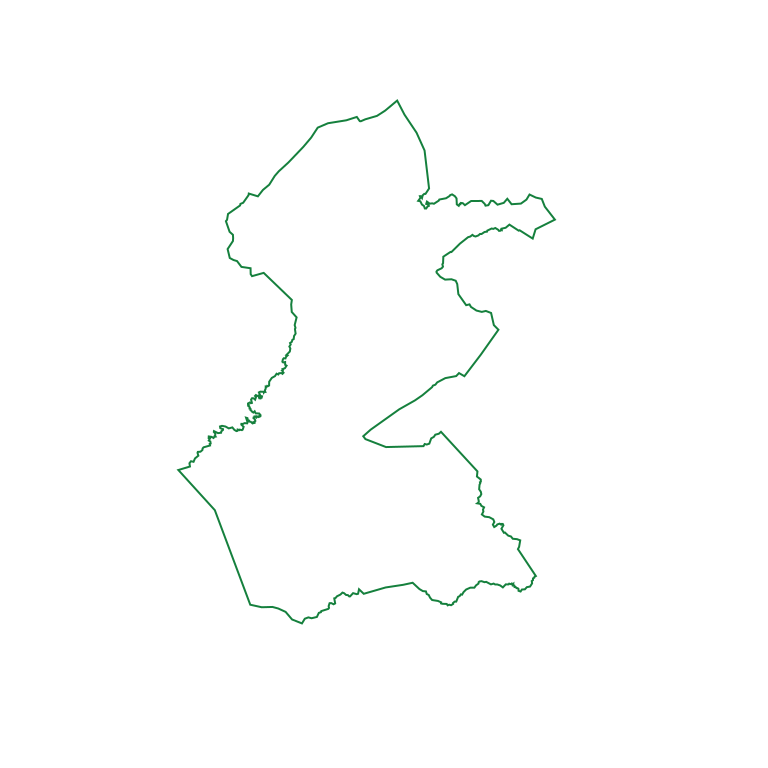 outline of Jasikan, Volta, Ghana, rotated 236°
{"feature_id": "2480657B79217814678772", "entity_name": "Jasikan", "entity_type": "district", "adm_level": 2, "iso_a3": "GHA", "parent_name": "Ghana", "parent_adm1": "Volta", "projection": "orthographic", "projection_center": [0.477, 7.375], "detail": "fine", "context": "isolated", "style": "outline", "palette": "green", "viewbox_px": 768, "rotation_deg": 236, "n_neighbors": 0, "source": "geoboundaries", "source_scale": "gbopen_adm2", "svg_char_len": 6166}
<svg xmlns="http://www.w3.org/2000/svg" viewBox="0 0 768 768"><g transform="rotate(236 384 384)"><path d="M275.8,149.7L267.3,157.8L261.5,166.9L257.0,170.8L250.1,175.0L240.2,176.1L231.4,182.1L233.7,187.1L232.8,190.8L230.3,193.0L228.4,198.1L230.7,202.0L230.1,204.1L230.8,205.0L228.7,212.1L229.1,213.2L230.8,213.9L232.7,216.3L231.8,217.8L229.6,219.0L229.4,220.8L234.1,222.9L233.7,224.2L234.3,226.3L233.8,230.1L234.3,232.9L233.0,233.9L230.3,234.6L229.2,236.0L227.3,236.4L226.9,237.1L227.9,241.4L225.0,243.9L224.6,245.2L227.8,248.5L221.4,249.9L214.4,271.6L206.8,287.6L203.2,296.6L194.2,298.7L190.6,300.4L188.6,302.8L186.0,302.0L184.1,303.1L181.1,302.7L178.0,303.1L174.0,307.4L171.0,309.3L170.2,308.6L169.2,309.4L166.6,313.0L164.9,313.0L164.6,314.6L163.1,315.9L163.0,318.3L163.8,318.7L164.1,320.9L163.2,322.2L166.1,326.5L165.8,328.0L166.6,330.1L165.7,330.9L167.0,333.6L167.7,337.2L166.9,341.6L164.6,345.0L165.6,347.7L165.7,350.7L166.8,351.7L166.9,352.7L166.0,354.6L163.5,356.5L162.8,358.1L158.1,360.6L157.2,363.3L155.7,364.0L154.5,365.8L152.0,367.7L148.9,368.8L149.8,372.9L148.2,375.2L148.5,376.1L147.0,377.4L147.1,378.3L145.9,378.2L146.0,379.3L144.8,378.2L144.1,379.3L142.7,378.7L142.3,379.6L140.7,379.7L140.1,380.6L139.0,380.9L137.3,379.9L135.6,381.2L136.5,383.4L135.0,386.0L135.7,388.8L134.4,391.8L135.9,395.3L138.0,396.3L138.1,397.8L139.5,398.8L139.4,400.3L140.1,401.1L139.9,402.5L172.2,402.7L173.4,404.9L178.2,409.5L181.0,407.5L183.7,404.2L186.6,404.0L188.8,402.2L193.3,401.2L193.6,400.2L198.3,400.4L200.1,404.0L201.6,404.2L202.4,403.0L202.0,402.4L203.6,401.7L204.2,399.4L203.7,398.0L203.8,395.4L206.5,395.6L207.9,398.3L210.7,398.9L214.7,396.8L217.8,393.3L221.1,392.2L222.7,395.1L224.5,395.8L225.8,398.0L228.5,396.6L230.8,396.8L232.9,394.6L233.0,396.1L233.7,397.0L237.0,398.3L237.1,400.9L238.3,403.1L240.5,404.0L243.5,404.0L247.1,406.9L247.9,408.3L248.9,408.6L248.9,409.7L250.7,410.8L255.3,409.3L259.3,412.6L312.5,404.5L312.1,401.6L313.3,398.2L312.3,395.8L312.5,392.7L309.2,388.2L309.9,385.6L311.5,384.2L310.4,382.0L330.6,350.4L348.7,337.8L352.3,337.6L353.6,347.4L354.5,382.5L353.1,400.5L353.2,409.6L354.5,422.1L355.3,423.6L354.7,426.2L355.6,429.0L354.6,438.1L350.2,448.3L351.1,452.3L345.5,455.0L354.2,480.7L365.0,509.2L371.4,508.0L383.0,512.5L387.6,509.3L389.1,505.4L393.2,501.7L399.3,499.2L402.2,499.4L403.4,496.2L416.9,495.9L425.9,500.6L429.5,501.2L433.1,498.5L436.4,493.0L441.4,490.6L446.9,489.9L447.9,490.4L448.4,491.9L447.7,496.5L448.3,498.5L450.6,499.3L451.1,500.5L456.4,504.4L456.3,513.0L455.7,513.7L457.9,525.4L458.7,535.8L458.0,538.0L458.2,540.7L456.4,541.3L455.1,542.4L454.4,545.3L454.7,547.5L453.8,548.8L453.8,552.4L452.7,554.6L453.4,555.4L452.7,560.2L451.5,561.3L451.1,563.5L448.0,564.9L446.6,565.0L445.9,566.4L446.6,567.4L445.9,567.8L447.0,568.4L445.5,572.2L446.0,577.1L435.8,581.4L435.6,582.4L421.4,588.6L427.5,596.2L424.7,617.6L441.1,616.5L449.2,618.3L453.7,614.1L459.7,610.6L457.2,605.2L457.0,598.4L461.7,590.3L468.6,589.8L467.2,584.6L469.2,578.4L474.6,577.0L476.1,575.2L473.9,570.5L475.1,567.9L477.0,568.2L481.1,567.4L487.0,558.5L487.0,551.1L489.9,550.4L491.1,549.0L489.8,547.2L491.4,548.2L489.9,545.6L492.2,544.8L497.3,547.9L500.0,547.8L503.1,546.5L503.6,544.5L503.2,543.5L503.3,539.3L506.0,533.0L505.4,531.9L505.5,526.2L506.8,525.0L508.0,522.7L511.2,521.6L509.7,519.7L508.0,521.1L506.6,520.8L506.8,519.3L505.9,517.1L506.7,516.0L509.2,516.7L511.6,515.8L515.2,516.3L516.7,514.8L518.0,518.4L519.6,518.8L519.2,519.5L516.9,519.5L518.8,521.6L519.1,523.7L518.4,524.7L520.9,530.7L554.9,548.2L574.1,551.5L595.9,551.6L611.6,553.4L610.0,537.8L610.2,528.1L613.9,516.5L614.8,511.7L615.5,510.9L620.6,510.8L623.7,500.2L631.5,483.4L633.6,472.4L629.0,461.4L625.7,449.7L621.1,428.6L619.2,415.8L617.6,409.8L613.4,400.3L612.6,392.2L610.1,384.4L617.5,378.4L616.3,377.3L613.0,368.6L613.6,365.7L612.5,364.5L612.2,349.8L607.9,345.7L607.4,344.0L596.5,341.1L592.2,342.2L589.3,340.5L587.0,338.7L583.3,329.8L574.7,326.6L570.9,328.6L568.1,330.9L560.8,331.3L554.6,338.1L549.6,334.9L547.2,334.9L543.4,346.4L505.2,354.6L501.8,351.5L495.3,347.8L488.1,348.8L482.8,342.9L480.0,342.0L479.4,340.9L475.2,338.9L474.1,336.3L471.7,334.2L471.9,332.8L470.5,331.1L470.5,329.0L468.9,328.7L468.0,326.5L465.8,326.2L463.6,324.1L462.6,319.2L461.6,319.9L461.3,318.0L460.3,316.6L461.4,315.3L461.0,314.0L459.3,312.2L458.2,312.5L457.5,314.3L455.2,312.8L453.7,313.5L452.5,310.7L453.1,308.2L452.4,308.2L452.2,307.3L451.8,307.7L450.8,306.8L449.5,307.0L449.2,305.5L450.3,305.2L451.6,303.1L451.0,301.7L452.6,300.7L451.5,298.0L451.8,294.4L450.1,290.1L447.0,287.9L447.1,286.3L447.8,286.0L447.4,284.9L448.0,284.5L446.2,283.2L445.4,281.7L443.8,281.2L444.4,280.5L444.1,279.6L444.8,279.9L446.8,277.2L447.0,275.6L443.8,275.0L444.3,274.5L443.9,274.3L442.0,276.0L441.5,275.4L442.5,274.8L442.1,273.7L441.3,273.3L441.9,272.6L442.9,272.9L442.3,273.5L443.6,273.3L444.0,274.0L444.8,272.5L446.5,271.6L446.2,270.4L444.8,270.7L443.1,268.4L444.9,268.0L446.0,266.7L445.4,265.1L442.2,263.9L442.5,263.0L443.7,262.4L443.9,260.4L443.0,259.8L442.1,260.2L441.8,259.2L439.7,259.7L438.8,258.8L438.0,259.4L436.9,258.7L436.1,259.2L435.2,259.0L433.4,259.7L433.7,261.5L431.4,261.2L429.4,264.0L427.4,264.2L427.5,263.2L426.4,263.2L426.7,261.5L427.9,260.8L427.6,259.8L428.7,260.0L429.5,258.5L428.8,258.1L429.2,257.2L428.7,256.7L427.2,257.2L425.3,256.7L425.1,255.7L424.1,255.0L424.6,253.8L425.4,253.9L425.1,252.9L427.2,252.4L428.1,251.4L429.1,251.7L430.0,250.9L432.1,251.7L433.2,250.8L428.7,249.5L427.9,248.6L429.6,246.4L429.7,244.9L430.7,243.5L430.1,243.0L427.0,243.7L425.2,241.3L425.2,240.4L426.8,238.9L426.6,238.4L428.1,237.2L427.1,236.3L427.5,235.3L429.7,234.3L432.8,234.0L434.0,230.5L437.4,228.8L439.9,226.3L440.5,224.3L438.9,223.6L436.6,225.3L436.0,224.9L435.7,222.6L434.7,221.7L436.1,218.9L440.0,216.7L439.4,216.1L437.4,216.4L435.9,215.5L435.7,214.8L434.6,214.9L435.1,213.7L434.6,212.5L436.6,211.5L438.5,209.4L437.2,208.4L436.2,209.3L435.1,207.1L433.5,207.9L431.6,207.0L431.8,206.0L430.3,205.4L432.4,199.0L432.0,197.6L430.8,196.5L430.5,194.0L431.8,191.7L431.2,190.9L428.4,190.0L428.0,185.7L426.0,182.6L427.9,180.8L427.1,178.4L424.1,177.0L427.7,165.4L374.0,173.2L275.8,149.7Z" fill="none" stroke="#15803d" stroke-width="2"/></g></svg>